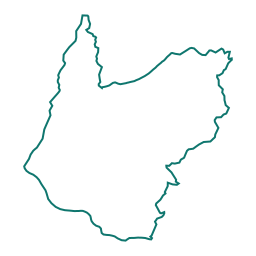 outline of Kamiji, Kasaï-Oriental, Democratic Republic of the Congo
{"feature_id": "63176286B35852451405101", "entity_name": "Kamiji", "entity_type": "district", "adm_level": 2, "iso_a3": "COD", "parent_name": "Democratic Republic of the Congo", "parent_adm1": "Kasaï-Oriental", "projection": "albers", "projection_center": [23.257, -6.688], "detail": "fine", "context": "isolated", "style": "outline", "palette": "teal", "viewbox_px": 256, "rotation_deg": 0, "n_neighbors": 0, "source": "geoboundaries", "source_scale": "gbopen_adm2", "svg_char_len": 3547}
<svg xmlns="http://www.w3.org/2000/svg" viewBox="0 0 256 256"><path d="M149.3,239.2L151.2,239.4L152.0,238.1L150.4,236.6L151.0,236.1L151.6,235.6L153.4,231.4L156.4,224.4L155.4,222.5L155.0,221.6L156.0,220.3L157.1,218.6L160.5,217.4L161.7,217.0L163.4,215.3L164.3,213.2L164.2,212.1L161.3,213.3L160.3,213.1L159.4,211.8L157.9,208.9L155.8,205.1L156.2,203.5L160.4,199.7L161.5,198.0L163.0,195.5L164.8,194.0L165.5,193.5L164.8,192.1L165.0,191.7L167.7,186.2L167.8,182.8L167.8,182.7L172.6,184.4L176.9,184.8L178.7,183.5L177.3,182.6L177.2,182.6L175.8,181.6L176.1,179.7L173.0,174.8L172.8,174.5L171.5,172.4L168.2,169.2L167.9,168.9L166.6,167.6L166.3,166.0L166.3,165.9L166.3,165.7L166.9,165.7L169.3,165.8L171.9,163.2L174.0,163.5L174.8,163.6L179.4,162.6L180.8,159.7L182.4,158.7L182.7,158.6L184.1,157.7L184.8,156.0L184.9,155.7L187.0,150.8L188.2,149.7L188.3,149.7L188.7,149.3L191.2,149.0L193.2,148.7L195.1,147.3L195.2,147.2L199.0,144.5L203.7,142.0L207.8,141.7L210.4,141.5L213.5,138.5L213.8,138.3L214.9,137.2L215.3,134.4L215.6,133.8L215.7,133.6L218.4,127.9L215.1,122.2L214.9,121.8L214.7,120.1L216.5,117.4L221.1,117.2L223.2,114.9L223.6,114.5L225.1,114.0L225.2,113.9L226.2,113.6L226.3,113.5L228.9,107.9L225.7,105.1L225.0,102.0L224.5,100.2L224.4,96.0L222.2,92.4L222.7,89.7L222.8,89.3L218.8,85.3L218.7,82.6L218.7,80.1L217.1,77.2L217.1,76.6L217.2,75.4L219.3,75.3L220.2,74.7L222.5,73.2L223.4,71.2L223.8,70.2L225.0,69.5L225.7,69.0L228.2,63.3L231.5,60.0L231.8,59.8L231.7,58.4L229.0,59.0L228.4,57.6L229.3,54.0L229.8,51.8L227.4,51.8L224.7,53.3L223.2,49.6L222.1,48.9L221.5,48.6L215.6,52.5L211.1,50.4L209.4,50.5L209.0,51.0L208.8,51.3L205.6,55.1L202.2,54.9L199.1,53.1L194.1,48.4L193.0,48.2L191.6,47.9L189.8,48.3L184.8,51.5L183.5,52.3L180.0,54.5L175.2,53.8L172.3,53.0L172.1,53.0L171.2,53.2L169.5,54.9L168.4,55.8L166.9,57.2L165.4,59.0L164.4,60.1L163.7,60.7L162.1,61.7L160.9,62.9L159.0,64.4L157.0,66.1L155.6,67.6L153.0,69.7L151.6,71.0L150.0,72.4L148.7,73.5L144.7,76.1L141.6,77.7L139.0,79.1L136.2,80.2L134.4,81.1L129.9,82.1L128.5,82.5L127.0,82.8L126.3,83.1L120.4,84.2L118.2,83.7L116.4,82.9L115.1,82.4L112.9,82.9L111.2,84.1L109.7,85.2L108.9,85.6L106.7,86.3L104.7,86.8L102.4,87.2L102.0,88.1L98.8,85.6L98.7,84.1L99.1,83.6L100.3,82.0L99.7,78.7L99.1,74.7L99.3,74.1L101.9,67.1L97.9,63.9L96.4,60.9L97.0,58.7L96.3,56.5L97.1,54.5L98.1,52.2L98.3,48.1L95.3,46.8L95.1,45.8L94.7,44.3L95.9,41.8L95.7,41.2L95.2,39.8L95.8,38.2L96.1,37.6L95.5,36.8L93.3,36.1L93.1,35.4L92.6,34.1L87.9,32.0L86.3,29.9L89.2,28.1L89.8,25.3L90.1,23.9L88.6,19.9L88.3,16.4L87.6,15.6L82.5,15.4L81.0,23.9L76.2,31.1L76.3,37.6L75.5,40.9L69.3,47.1L67.1,50.0L63.7,54.6L63.3,60.4L63.3,60.6L65.1,63.1L64.5,65.0L60.5,70.3L59.1,73.2L58.2,75.2L58.9,77.6L58.5,78.5L57.8,80.2L57.8,82.0L59.3,84.9L58.7,87.7L59.3,89.0L59.8,90.0L59.4,91.3L57.7,93.4L54.7,96.8L50.1,102.1L51.8,105.0L52.3,105.8L51.4,107.4L49.6,110.5L49.7,111.4L50.5,115.3L47.4,122.3L44.3,129.4L42.6,138.7L36.9,147.6L34.7,149.4L33.2,150.8L31.1,153.9L30.7,154.4L29.0,158.9L24.2,166.3L24.7,168.3L26.5,170.9L29.4,173.0L33.3,174.7L36.6,177.2L39.0,179.9L41.4,184.1L45.5,190.3L46.5,193.1L48.2,199.0L51.4,203.2L55.7,206.9L60.2,209.1L64.9,210.2L69.8,210.6L74.6,211.1L77.0,211.0L78.7,211.0L80.9,210.8L82.9,210.9L85.0,211.7L86.9,212.6L88.6,214.0L90.3,215.9L90.7,217.4L91.1,219.6L91.7,221.3L93.5,223.7L96.1,225.7L99.3,226.8L100.9,228.5L101.2,230.5L101.7,233.0L103.5,234.5L106.5,234.9L109.5,235.1L112.3,235.7L114.7,236.4L117.7,238.4L121.6,240.2L125.6,240.6L127.1,239.5L129.4,238.0L134.4,237.9L137.9,237.6L141.6,237.7L145.2,238.0L149.3,239.2Z" fill="none" stroke="#0f766e" stroke-width="2"/></svg>